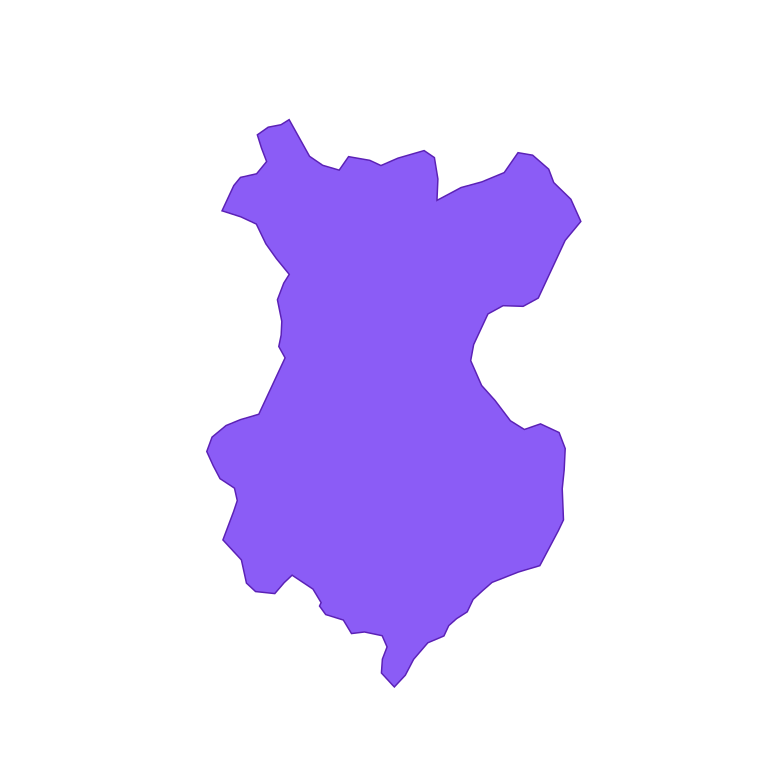 Gongju-si, South Chungcheong, South Korea (Robinson projection), rotated 205°
{"feature_id": "91817680B8449507929864", "entity_name": "Gongju-si", "entity_type": "district", "adm_level": 2, "iso_a3": "KOR", "parent_name": "South Korea", "parent_adm1": "South Chungcheong", "projection": "robinson", "projection_center": [127.087, 36.473], "detail": "fine", "context": "isolated", "style": "filled", "palette": "violet", "viewbox_px": 768, "rotation_deg": 205, "n_neighbors": 0, "source": "geoboundaries", "source_scale": "gbopen_adm2", "svg_char_len": 1491}
<svg xmlns="http://www.w3.org/2000/svg" viewBox="0 0 768 768"><g transform="rotate(205 384 384)"><path d="M604.0,472.5L584.3,475.0L567.3,475.0L550.3,461.1L534.6,452.2L516.2,443.3L517.5,433.1L516.2,415.3L503.1,397.6L497.9,384.9L495.2,373.5L484.7,365.9L484.7,350.6L484.7,324.0L484.7,303.7L499.1,291.0L509.6,279.6L517.4,263.2L516.1,247.9L504.3,237.8L492.6,228.9L475.5,226.4L467.7,216.3L466.4,204.9L464.1,174.6L438.9,164.3L424.5,145.4L412.7,141.6L394.4,147.9L390.5,161.8L386.5,171.9L361.7,168.1L348.6,159.3L348.6,155.5L339.4,150.4L321.1,152.9L308.0,144.1L296.9,151.0L279.3,155.1L270.1,147.0L269.2,134.0L264.2,121.0L249.2,114.8L246.6,113.8L241.6,129.1L240.8,147.0L234.9,168.0L223.2,181.0L223.2,192.4L219.0,202.1L212.3,212.6L212.2,226.4L207.2,238.6L202.2,249.9L182.9,270.2L177.0,275.5L166.0,285.2L164.0,324.8L163.9,336.7L178.2,364.4L184.4,382.3L192.5,402.1L204.8,414.0L225.3,414.0L237.6,402.1L253.9,404.1L276.4,416.0L294.9,423.9L315.3,441.8L319.4,457.6L319.4,473.5L319.4,491.4L309.2,505.3L290.7,513.2L280.5,527.1L280.5,550.9L280.5,568.8L280.5,574.8L280.5,590.7L274.3,614.5L292.7,630.4L315.3,638.3L325.5,648.3L346.0,654.2L360.3,650.3L364.4,626.4L380.8,608.5L397.2,594.6L413.6,572.8L421.8,592.6L434.0,610.5L446.3,612.5L466.8,594.6L479.1,580.7L491.4,580.7L508.8,576.0L512.2,575.1L515.0,558.9L532.0,556.3L547.7,558.9L581.7,583.5L587.0,575.4L597.5,567.8L604.1,556.3L594.9,546.2L584.4,536.0L588.3,520.7L601.4,510.6L604.0,500.4L604.0,472.5Z" fill="#8b5cf6" stroke="#5b21b6" stroke-width="1.5"/></g></svg>